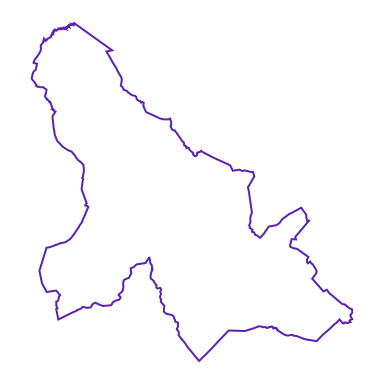 Dunalkas pag., Durbes, Latvia (Albers equal-area conic projection)
{"feature_id": "27541924B30514454851640", "entity_name": "Dunalkas pag.", "entity_type": "district", "adm_level": 2, "iso_a3": "LVA", "parent_name": "Latvia", "parent_adm1": "Durbes", "projection": "albers", "projection_center": [21.324, 56.682], "detail": "fine", "context": "isolated", "style": "outline", "palette": "violet", "viewbox_px": 384, "rotation_deg": 0, "n_neighbors": 0, "source": "geoboundaries", "source_scale": "gbopen_adm2", "svg_char_len": 5763}
<svg xmlns="http://www.w3.org/2000/svg" viewBox="0 0 384 384"><path d="M199.1,361.0L211.2,349.0L218.0,341.6L228.7,330.5L245.0,331.0L253.6,328.3L258.8,326.3L261.1,326.4L262.6,327.2L264.0,327.1L266.3,327.3L266.6,327.9L267.0,328.0L268.1,327.8L269.6,326.9L270.9,327.0L271.8,326.4L272.9,327.1L272.9,327.6L273.4,328.6L274.9,327.8L275.3,328.1L276.5,328.1L276.7,329.1L277.6,329.4L277.6,330.5L278.2,330.6L282.4,333.5L284.9,334.9L287.9,335.6L292.0,334.8L292.8,335.1L293.1,335.6L296.5,336.0L304.5,339.1L316.5,341.2L323.0,334.6L329.3,329.2L334.7,324.0L336.0,323.2L339.5,319.5L342.6,323.2L343.8,323.5L344.1,323.4L344.2,322.6L345.3,322.4L347.4,323.1L350.4,322.1L349.5,321.0L349.7,320.3L352.3,319.1L351.0,317.2L350.4,315.3L350.6,314.7L352.2,312.7L352.1,309.4L349.8,308.5L346.1,305.7L346.3,305.6L345.2,304.6L342.0,303.9L329.0,292.8L326.9,289.8L323.5,291.4L312.2,278.7L315.8,273.9L316.7,271.6L316.1,269.8L312.9,264.5L311.3,263.4L310.2,261.5L308.0,263.3L307.1,262.4L307.0,259.5L308.4,257.0L297.1,248.9L293.2,248.1L290.4,246.9L290.1,245.1L291.6,239.1L296.0,239.4L295.2,237.0L309.0,220.7L307.7,220.3L307.1,220.6L306.5,218.1L306.2,214.6L301.2,207.7L291.5,213.0L289.1,214.1L282.5,219.0L281.5,220.1L279.6,222.9L276.6,225.2L269.0,226.5L268.3,227.1L266.6,229.8L265.7,230.8L264.2,233.3L260.0,237.9L256.7,235.2L255.3,235.0L254.9,233.9L253.8,232.2L251.9,231.7L252.5,229.7L249.9,228.0L250.3,227.7L249.2,225.2L250.5,222.2L250.3,219.9L250.4,216.9L251.9,212.7L249.5,195.9L248.7,190.5L247.9,187.2L248.8,186.0L254.3,176.3L253.0,172.0L251.5,172.1L244.7,170.4L242.2,171.0L239.5,169.7L232.8,170.7L230.2,165.4L228.5,164.5L212.7,157.3L205.0,153.3L201.5,151.3L201.2,150.8L199.9,151.9L197.7,152.5L197.5,152.8L197.3,153.7L197.1,153.6L197.1,154.1L196.8,155.1L195.9,156.0L194.8,156.0L193.3,154.9L193.2,153.1L189.8,150.2L189.2,149.1L188.9,148.0L188.6,147.8L187.9,148.0L187.3,147.5L186.5,147.9L186.5,147.6L186.2,147.4L186.3,146.9L186.1,146.2L185.3,145.7L184.5,145.7L184.1,145.1L183.9,142.5L182.0,140.9L180.8,138.9L174.7,130.3L174.1,130.4L172.4,129.9L170.6,126.7L170.8,125.8L171.4,125.0L171.1,123.4L171.2,122.5L170.2,118.6L168.8,119.3L167.3,119.4L163.2,119.3L159.8,118.4L146.5,112.2L146.1,111.9L144.7,109.2L143.5,106.3L143.4,105.0L143.7,102.7L141.9,101.9L141.1,102.6L140.2,101.2L139.4,101.3L136.6,99.1L136.3,96.9L135.1,95.9L131.8,95.1L128.4,92.5L128.0,92.5L127.8,91.9L127.1,91.2L125.8,90.4L123.6,89.8L123.6,89.3L122.3,86.9L120.9,85.7L120.8,85.0L121.2,83.7L121.8,80.1L121.6,77.9L117.3,70.6L116.6,68.7L112.3,61.8L110.9,59.0L106.4,51.5L112.1,50.3L74.0,23.0L73.4,23.4L74.3,23.9L73.8,24.4L73.8,25.2L73.2,25.1L73.1,24.6L71.1,24.0L71.4,24.5L71.2,24.9L70.6,24.8L70.0,25.2L69.0,25.1L69.2,25.7L68.5,25.9L68.9,26.7L68.6,26.5L68.3,26.7L67.9,26.3L67.0,26.7L67.7,27.2L66.9,27.4L66.9,27.9L66.3,27.8L65.3,28.4L65.7,28.9L65.2,28.7L64.4,29.1L64.2,28.6L64.5,27.9L64.1,27.5L63.7,27.7L64.0,27.8L64.0,28.1L63.5,28.4L63.1,28.0L62.8,28.6L62.1,29.1L61.6,28.5L61.1,28.9L60.7,28.1L60.2,28.5L60.4,28.9L59.9,29.2L59.3,29.2L59.3,28.5L58.4,28.4L58.5,29.1L58.3,29.2L58.3,29.5L56.6,29.9L56.5,30.3L56.0,29.9L55.2,29.7L55.3,30.7L55.2,30.7L54.7,29.8L53.5,30.7L54.0,31.6L53.8,32.2L53.5,31.6L52.2,32.9L52.8,34.2L52.1,34.2L51.9,34.5L52.0,35.0L51.3,35.2L50.8,37.2L49.9,37.4L48.5,38.5L47.4,38.7L46.6,40.2L45.7,39.8L45.6,40.6L45.5,40.9L45.0,40.9L44.1,39.7L43.9,39.1L43.3,41.4L43.6,41.6L43.2,42.4L41.9,43.9L40.7,45.7L41.0,49.3L40.2,51.7L37.8,55.7L37.0,56.5L36.4,57.6L34.9,59.3L33.8,62.1L33.6,62.8L37.0,63.8L35.7,70.0L34.5,70.7L33.3,72.1L32.5,74.5L31.7,78.4L32.1,79.4L34.7,82.4L36.5,85.3L36.2,85.9L36.3,86.3L40.8,87.3L42.9,87.1L46.5,89.6L46.3,91.4L45.8,93.5L44.9,96.1L45.1,96.6L46.6,98.7L46.9,98.9L46.9,99.3L47.3,99.2L47.3,99.5L48.9,101.0L49.0,101.4L49.3,101.3L49.7,101.9L50.2,102.0L50.6,102.8L50.5,103.1L51.0,103.9L51.5,105.9L52.7,108.4L52.3,108.8L52.6,108.8L52.8,109.4L53.2,109.7L53.0,109.8L53.4,110.2L53.4,110.5L54.4,110.8L55.5,111.6L52.7,115.9L52.5,117.5L53.5,126.1L53.4,126.4L54.5,132.4L54.6,134.3L56.4,139.0L57.6,141.3L63.2,147.1L68.6,150.5L71.6,151.6L75.3,156.0L75.5,156.7L78.0,160.1L80.7,162.0L83.4,164.8L84.0,170.8L82.8,176.8L82.2,177.9L83.0,178.5L81.6,189.2L86.7,203.4L85.5,204.7L85.3,205.5L87.6,206.2L88.3,206.9L83.4,218.5L83.1,218.7L82.2,221.4L81.3,223.2L80.2,224.5L78.7,227.2L74.6,233.4L71.6,237.4L69.9,239.2L65.7,242.1L60.1,243.4L59.9,243.3L59.6,243.6L50.1,247.1L46.5,247.8L39.4,270.8L41.8,282.2L41.8,282.9L46.0,290.8L46.8,292.0L56.0,290.6L57.5,292.0L59.3,294.3L60.1,295.1L59.2,296.5L58.5,298.7L58.3,300.4L57.1,301.5L56.3,301.7L56.3,305.7L57.5,308.3L56.2,309.0L58.3,319.5L71.4,313.0L76.7,310.7L77.0,310.1L80.1,309.0L81.3,308.3L82.8,306.8L86.9,307.9L90.5,307.4L91.0,307.1L92.5,304.2L95.1,302.7L101.0,305.3L103.4,306.0L111.0,305.2L111.9,304.3L112.6,302.5L115.5,300.7L119.3,299.6L120.6,297.6L120.2,296.6L118.7,295.4L118.7,294.6L122.7,290.9L123.4,287.6L123.2,283.3L123.5,282.2L123.6,280.6L124.3,279.7L129.1,277.7L130.3,274.9L131.3,273.4L130.7,268.9L130.8,268.2L133.8,267.0L135.8,265.1L137.0,264.3L145.6,263.0L148.9,257.8L149.4,257.7L150.0,260.1L150.1,261.6L150.5,263.6L151.6,264.8L152.1,267.0L152.0,268.4L151.7,270.6L152.0,270.4L150.9,273.8L150.5,276.1L150.6,277.9L151.2,278.9L153.6,280.8L154.4,282.6L156.4,285.1L156.6,285.6L156.3,287.2L156.5,287.8L157.8,288.5L160.1,287.9L160.9,288.8L161.1,289.6L161.0,290.0L160.2,291.7L160.9,293.6L160.9,294.2L160.1,296.4L160.1,297.5L161.1,299.6L160.7,301.2L160.9,301.9L164.2,305.7L164.3,306.8L163.8,311.2L164.0,311.7L164.5,312.4L165.5,313.0L166.1,313.8L167.2,313.8L168.2,314.4L169.0,314.3L171.9,315.0L173.4,316.0L174.2,318.0L174.4,319.0L174.8,319.7L175.2,321.2L175.8,321.9L178.0,322.6L178.2,323.1L177.8,324.7L178.0,326.1L178.0,326.7L176.8,328.9L176.8,329.3L178.4,331.2L178.9,332.8L178.6,335.1L181.5,339.1L181.6,338.9L185.3,343.5L187.5,347.0L199.1,361.0Z" fill="none" stroke="#5b21b6" stroke-width="2"/></svg>